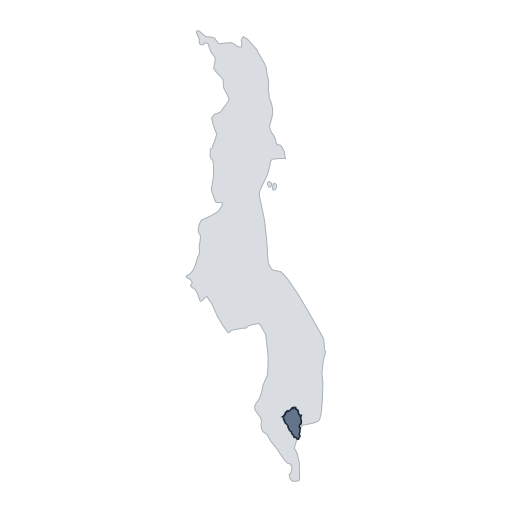 location of Thyolo, Thyolo, Malawi
{"feature_id": "42251766B18929072887304", "entity_name": "Thyolo", "entity_type": "district", "adm_level": 2, "iso_a3": "MWI", "parent_name": "Malawi", "parent_adm1": "Thyolo", "projection": "equal_earth", "projection_center": [35.104, -16.129], "detail": "fine", "context": "in_parent", "style": "filled", "palette": "slate", "viewbox_px": 512, "rotation_deg": 0, "n_neighbors": 0, "source": "geoboundaries", "source_scale": "gbopen_adm2", "svg_char_len": 7102}
<svg xmlns="http://www.w3.org/2000/svg" viewBox="0 0 512 512"><path d="M209.4,300.6L207.0,296.4L205.1,297.5L202.5,300.4L201.1,301.2L200.3,301.1L199.8,300.4L199.2,298.5L197.2,293.1L194.9,289.2L192.4,287.7L190.5,285.9L191.3,284.2L192.2,283.0L191.8,281.7L190.7,279.9L186.4,277.2L186.3,276.0L190.1,273.7L192.5,270.9L194.1,268.2L196.2,262.4L197.9,256.6L199.1,254.7L199.5,250.9L199.2,246.5L200.1,241.0L200.5,235.8L199.2,233.7L198.1,230.2L199.3,224.2L201.3,220.1L211.0,215.8L217.6,211.9L219.1,210.1L221.3,206.8L222.6,203.6L221.7,202.6L216.4,202.5L215.1,201.3L211.3,189.8L213.4,176.7L213.5,171.6L213.5,165.2L212.8,160.5L211.1,158.6L210.1,156.1L210.3,149.2L211.9,148.4L215.2,139.4L216.7,134.0L214.9,129.8L212.9,123.7L212.0,119.8L211.5,118.5L212.9,116.1L215.1,113.8L217.7,113.2L220.3,112.1L228.8,100.8L228.9,98.6L227.3,94.8L224.2,89.1L223.5,86.8L223.1,80.0L221.8,77.9L217.2,73.3L213.6,68.4L214.7,63.5L215.3,58.1L213.5,55.2L210.9,52.1L209.2,47.6L208.5,44.3L206.4,43.0L204.5,42.9L203.1,45.0L201.6,44.8L199.8,44.1L199.2,41.2L199.1,38.1L197.8,36.0L196.6,33.0L196.4,31.4L197.2,31.0L198.8,30.7L205.6,36.6L209.8,36.9L214.4,38.0L218.3,43.2L220.3,43.9L222.9,43.2L230.4,42.6L233.3,43.4L237.2,46.4L238.7,46.9L241.1,47.0L241.5,46.2L241.8,44.4L241.3,40.7L241.9,38.7L243.3,36.6L247.4,39.1L257.5,50.5L257.8,51.9L264.3,63.2L266.4,68.0L266.4,70.5L268.4,80.3L268.8,85.0L268.4,88.5L268.5,91.3L269.3,95.3L269.0,97.0L271.3,102.9L272.4,107.8L272.6,112.6L272.0,117.3L270.0,124.2L269.6,127.0L270.1,129.5L271.4,132.2L273.6,135.2L275.2,138.7L276.3,142.9L277.3,144.8L278.5,144.7L280.6,145.4L282.4,147.8L284.4,151.9L285.1,156.6L285.4,158.6L279.6,158.5L272.3,159.2L270.6,161.1L270.0,165.1L267.8,173.6L266.5,176.7L263.8,182.3L260.0,190.3L259.3,192.9L259.4,195.6L261.6,206.4L264.0,217.7L264.7,222.2L266.4,237.3L267.3,248.0L267.5,254.2L268.2,262.6L270.3,267.1L272.5,270.0L280.7,271.7L283.1,273.8L287.7,279.1L297.8,293.9L303.4,303.3L308.3,311.5L317.0,326.9L323.7,338.8L324.6,350.0L325.7,351.7L323.4,360.0L321.9,373.4L322.9,382.3L322.5,397.4L321.2,413.5L319.7,419.3L317.7,421.5L313.0,423.2L302.6,425.2L301.0,427.1L299.7,430.2L297.6,437.6L295.1,445.1L294.4,448.3L294.8,449.1L297.0,452.9L299.3,462.6L299.6,479.3L298.9,480.6L295.8,481.3L292.5,481.1L291.2,480.1L289.9,478.3L289.1,474.7L291.2,472.2L292.0,467.9L290.6,464.1L287.8,463.3L284.3,459.9L276.8,448.7L270.5,440.9L266.9,434.4L263.1,431.8L262.1,430.2L261.2,427.4L261.1,423.5L261.5,420.6L260.3,417.3L256.5,412.2L254.8,409.4L254.7,406.0L256.3,402.8L259.5,398.8L261.9,390.8L262.8,385.6L267.4,375.2L268.0,366.1L268.1,358.9L267.8,353.4L266.6,342.3L265.8,334.6L260.1,324.5L258.3,323.6L253.0,324.5L248.3,326.0L246.1,328.1L242.6,328.2L233.6,329.9L230.8,330.7L229.2,332.5L228.3,332.9L222.6,325.1L217.6,316.7L211.2,302.4L209.4,300.6ZM274.9,189.7L273.4,190.2L272.5,189.1L272.7,186.0L273.2,183.8L274.8,183.4L275.8,184.0L276.5,185.1L276.5,186.7L276.1,188.4L274.9,189.7ZM271.6,184.1L270.7,187.1L268.9,187.1L267.2,184.3L267.8,182.2L269.4,181.6L270.8,182.4L271.6,184.1Z" fill="#d9dde1" stroke="#a8b0b8" stroke-width="1"/><path d="M282.9,416.5L283.0,416.5L283.0,416.9L283.0,417.2L283.1,417.3L283.3,417.6L283.5,418.2L283.5,418.4L283.6,418.7L283.5,418.9L283.5,419.1L283.8,419.5L284.0,419.5L284.1,419.8L284.2,420.0L284.3,420.2L284.2,420.3L284.3,420.5L284.1,420.6L284.4,421.0L284.8,421.7L284.9,422.2L284.9,422.3L285.0,422.5L285.3,423.0L285.5,423.3L286.0,423.7L286.9,424.3L287.0,424.5L288.2,426.4L288.2,426.5L287.9,427.1L288.0,427.3L288.2,427.5L288.5,427.9L288.6,428.0L288.5,428.3L288.6,428.5L288.9,429.2L289.3,429.8L289.4,430.3L289.7,430.6L290.0,430.7L290.1,430.8L290.3,430.8L290.7,431.2L290.8,431.5L291.2,431.8L291.3,432.0L291.6,432.1L291.5,432.5L291.5,432.8L291.5,433.0L291.6,433.3L292.0,433.9L292.3,434.2L292.3,434.4L292.4,434.6L292.5,434.7L292.8,434.8L293.0,434.9L293.1,435.0L293.4,435.2L293.5,435.3L293.7,435.8L293.8,436.0L293.8,436.3L293.9,436.5L293.9,437.1L294.0,437.1L294.3,437.3L294.7,437.2L295.2,437.3L295.7,437.2L295.8,437.2L295.8,437.3L296.2,437.7L296.3,437.9L296.5,438.0L296.5,438.4L296.5,438.5L296.8,438.8L297.0,439.0L297.3,438.9L297.5,438.9L297.7,439.0L297.9,439.0L298.0,439.2L298.1,439.3L298.3,439.3L298.5,439.3L298.5,439.2L298.6,438.5L298.6,438.4L298.8,438.2L299.1,437.6L299.2,437.4L299.4,437.2L299.6,437.0L299.8,436.7L300.1,435.9L300.0,435.7L299.6,435.3L299.4,434.9L299.2,434.7L299.1,434.4L299.3,434.1L299.3,433.8L299.5,433.6L299.4,433.3L299.5,432.8L299.7,432.5L299.8,432.3L299.9,432.2L299.8,431.8L299.9,431.5L300.0,431.2L300.0,430.8L299.8,430.4L299.8,429.8L299.8,429.6L299.9,429.3L300.0,429.1L300.3,428.9L300.4,428.7L300.4,428.3L300.4,428.2L300.0,427.5L299.8,427.5L299.6,427.4L299.5,427.2L299.5,426.9L299.4,426.8L299.2,426.7L299.2,426.3L299.4,426.1L299.5,425.2L299.8,424.9L299.7,424.7L299.9,424.4L300.1,424.2L300.5,423.9L300.8,424.0L300.9,423.9L301.0,423.9L301.0,423.6L301.0,423.4L301.3,423.2L301.4,422.3L301.4,422.1L301.4,421.8L301.3,421.6L301.3,421.4L301.0,421.4L301.0,421.0L301.1,420.7L301.2,420.2L301.1,419.7L300.9,419.6L301.0,419.3L301.0,419.2L300.8,418.7L300.7,418.5L300.7,418.4L300.7,418.0L300.7,417.9L300.7,417.5L300.6,417.4L300.7,417.1L300.8,417.1L300.9,417.3L300.9,417.2L301.0,417.1L300.9,416.9L300.9,416.6L300.8,416.4L300.9,416.1L301.0,416.0L300.9,415.8L301.1,415.7L301.3,415.5L301.4,415.2L300.7,415.2L300.6,415.4L300.5,415.5L300.4,415.6L300.3,415.9L300.1,416.0L299.9,416.0L299.9,415.8L300.0,415.7L299.9,415.6L299.7,415.6L299.7,415.4L299.7,415.2L299.3,415.0L299.1,414.5L299.0,414.4L298.9,414.4L298.8,414.2L298.7,414.1L298.7,413.9L298.8,413.8L298.7,413.7L298.4,413.7L298.3,413.4L298.4,413.2L298.3,412.9L298.4,412.7L298.4,412.1L298.2,411.8L298.3,411.5L298.4,411.4L298.3,411.2L298.1,410.9L297.9,410.9L297.8,410.7L298.0,410.5L298.0,410.4L297.8,410.1L297.7,410.2L297.6,409.9L297.2,409.6L296.7,409.5L296.6,409.4L296.4,409.5L296.3,409.3L296.2,409.3L296.1,409.5L296.0,409.4L295.9,409.1L296.0,408.9L296.0,408.7L295.9,408.5L295.7,408.5L295.6,408.4L295.7,408.0L295.6,407.9L295.8,407.9L295.8,407.6L295.7,407.4L295.4,407.4L295.3,407.5L295.2,407.6L294.9,407.7L294.9,407.9L294.8,407.7L294.7,407.7L294.4,407.7L294.3,407.4L294.1,407.5L293.9,407.6L293.7,407.6L293.6,407.9L293.5,407.7L293.3,407.7L293.2,407.6L293.1,407.4L292.9,407.5L292.6,407.7L292.3,407.8L292.2,407.8L292.2,408.0L291.9,408.2L292.0,408.3L291.9,408.3L291.8,408.7L291.6,408.8L291.4,409.0L291.2,409.4L291.0,409.5L290.8,409.4L290.7,409.6L290.4,409.8L290.1,410.1L289.9,410.4L289.7,410.6L289.3,410.9L289.2,410.9L289.0,410.7L288.9,410.7L288.8,410.9L288.8,411.1L288.7,411.3L288.3,411.5L288.2,411.5L288.1,411.4L288.0,411.2L287.9,411.1L287.8,410.9L287.7,410.8L287.8,410.9L287.7,411.0L287.5,410.8L287.4,410.9L287.1,410.9L287.0,411.2L286.9,411.2L286.8,411.3L286.7,411.3L286.5,411.5L286.5,411.9L286.4,412.2L286.2,412.1L286.1,412.3L286.0,412.5L285.9,412.6L285.7,412.5L285.6,412.8L285.6,413.2L285.6,413.3L285.5,413.6L285.3,413.8L285.2,413.7L285.2,413.8L285.2,414.2L284.9,414.3L285.0,414.5L285.0,414.9L284.9,415.0L284.6,415.3L284.5,415.5L284.3,415.3L284.2,415.3L284.1,415.2L283.9,415.3L283.8,415.5L283.8,415.8L284.0,415.9L284.0,416.0L283.8,416.1L283.7,416.1L283.4,416.1L283.2,416.3L282.9,416.5Z" fill="#64748b" stroke="#1e293b" stroke-width="1.5"/></svg>